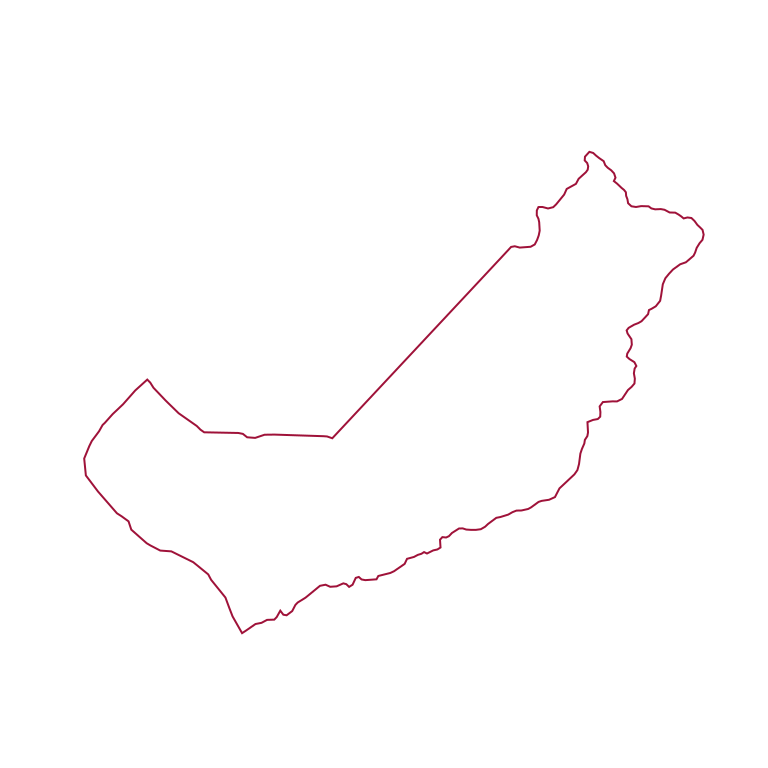 Brejo Grande do Araguaia, Pará, Brazil (Mercator projection), rotated 195°
{"feature_id": "56859067B66986950411555", "entity_name": "Brejo Grande do Araguaia", "entity_type": "district", "adm_level": 2, "iso_a3": "BRA", "parent_name": "Brazil", "parent_adm1": "Pará", "projection": "mercator", "projection_center": [-48.48, -5.764], "detail": "fine", "context": "isolated", "style": "outline", "palette": "rose", "viewbox_px": 768, "rotation_deg": 195, "n_neighbors": 0, "source": "geoboundaries", "source_scale": "gbopen_adm2", "svg_char_len": 3022}
<svg xmlns="http://www.w3.org/2000/svg" viewBox="0 0 768 768"><g transform="rotate(195 384 384)"><path d="M613.8,327.0L622.6,313.4L630.8,296.9L638.3,284.7L643.6,274.2L645.2,271.6L647.0,264.6L648.3,261.3L651.5,253.3L652.6,247.7L654.3,234.4L648.3,218.5L632.4,206.1L608.5,190.0L603.2,188.3L595.2,185.2L590.4,177.9L572.1,168.8L567.9,167.6L557.0,165.2L546.1,167.3L522.1,162.5L504.5,154.6L500.3,150.1L481.9,136.7L475.3,127.4L470.1,120.3L463.1,113.2L456.6,106.6L454.0,109.5L446.0,118.9L440.5,121.6L435.9,125.9L429.0,128.0L427.3,131.1L425.5,138.2L421.5,135.1L418.2,135.4L413.9,140.9L412.4,147.7L410.8,150.6L404.5,157.3L393.6,172.5L388.5,175.0L383.5,174.2L377.4,176.3L371.7,180.9L368.6,180.9L365.2,179.0L362.4,182.0L361.1,189.4L358.4,191.1L355.1,189.4L351.3,189.7L340.7,193.4L339.8,197.1L329.0,203.1L325.8,205.8L323.7,208.3L317.5,215.6L316.5,221.1L310.3,224.7L307.1,227.7L303.9,229.7L301.8,232.0L298.6,231.4L293.4,236.0L289.6,238.0L287.1,240.7L289.6,248.1L288.0,251.2L284.3,251.8L281.9,253.8L279.8,257.7L274.1,263.9L270.5,264.9L266.9,264.7L262.3,265.6L257.7,266.8L252.9,268.8L249.4,272.3L247.3,275.7L240.9,283.8L237.2,285.6L230.2,290.0L226.8,293.4L223.3,296.0L218.5,297.4L212.4,300.6L210.0,302.9L204.2,310.1L201.5,311.9L194.6,314.9L189.6,319.0L187.5,328.6L176.7,346.0L174.9,350.9L174.9,357.1L176.3,367.6L176.0,372.5L175.1,378.4L175.5,382.0L174.1,386.3L174.4,390.0L177.6,399.8L172.8,403.4L168.4,405.5L166.7,408.4L167.7,412.9L169.9,418.2L167.9,423.2L158.7,426.4L154.4,427.5L150.2,431.2L146.8,441.3L144.1,445.3L142.2,449.3L143.1,454.1L145.4,459.0L145.9,463.8L144.9,466.7L147.8,469.9L153.3,471.6L156.6,473.3L156.9,476.3L155.1,482.4L154.8,486.1L156.6,491.3L161.8,495.8L163.5,498.6L162.2,501.6L157.8,506.0L154.1,508.7L151.5,511.3L147.0,519.8L147.2,524.0L145.0,525.9L141.6,529.4L138.8,535.8L139.2,541.1L140.5,552.5L139.6,559.0L137.2,564.3L134.5,569.4L128.9,576.3L123.9,579.7L118.2,588.0L117.5,591.5L117.2,596.4L115.6,601.7L113.7,605.7L113.9,611.0L116.2,615.3L119.3,617.1L122.5,618.8L126.2,621.8L130.0,623.9L134.0,623.4L137.4,621.5L140.5,622.9L143.3,623.9L147.0,624.9L152.5,623.6L158.1,624.9L161.9,624.6L167.3,622.9L171.2,622.8L174.4,624.1L181.6,622.4L186.4,620.2L191.0,619.7L195.0,621.8L196.7,625.5L198.8,628.4L200.0,631.8L202.4,633.6L205.3,634.9L208.2,636.5L210.8,637.9L214.5,639.5L213.8,643.2L216.3,647.0L219.8,649.2L223.9,650.8L226.9,652.6L229.5,656.1L234.6,657.9L238.3,659.5L241.7,661.3L245.7,661.4L248.7,655.6L248.0,651.9L244.9,650.0L243.1,647.1L242.7,643.7L243.8,640.8L246.2,637.1L249.1,632.6L250.4,627.0L258.0,619.7L259.0,613.6L264.2,602.1L266.3,598.6L271.0,596.0L276.8,596.0L280.6,594.9L281.3,591.2L280.1,586.5L277.6,583.6L276.0,580.5L273.3,572.4L273.0,567.6L273.4,562.8L274.5,557.8L277.9,554.5L288.2,550.9L293.3,550.9L296.7,549.3L301.5,540.2L328.4,489.7L419.9,318.2L425.4,318.6L429.0,317.9L476.6,306.8L486.2,304.1L494.5,298.6L502.4,297.1L507.4,299.3L512.0,299.0L545.2,290.8L549.5,292.4L554.0,295.0L574.8,302.6L587.1,309.5L590.8,311.6L605.7,320.7L610.1,324.8L613.8,327.0Z" fill="none" stroke="#9f1239" stroke-width="2"/></g></svg>